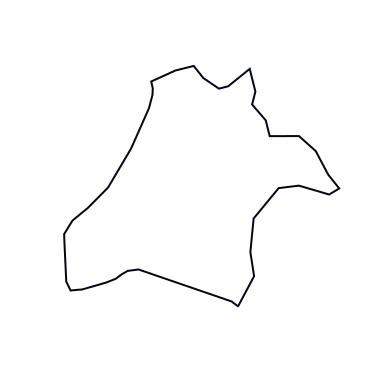 Kačanik, orthographic projection, rotated 76°
{"feature_id": "KOS-5915", "entity_name": "Kačanik", "entity_type": "District", "adm_level": 1, "iso_a3": "XKX", "parent_name": "Kosovo", "parent_adm1": "", "projection": "orthographic", "projection_center": [21.226, 42.206], "detail": "fine", "context": "isolated", "style": "outline", "palette": "ink", "viewbox_px": 384, "rotation_deg": 76, "n_neighbors": 0, "source": "natural_earth", "source_scale": "10m", "svg_char_len": 678}
<svg xmlns="http://www.w3.org/2000/svg" viewBox="0 0 384 384"><g transform="rotate(76 192 192)"><path d="M313.9,175.1L307.7,180.2L254.2,262.7L253.0,273.6L254.9,280.2L257.7,286.8L259.1,297.3L260.0,322.3L259.5,325.0L258.2,333.6L248.6,335.7L209.2,327.8L202.0,326.3L194.2,318.4L190.7,314.7L182.3,297.0L167.4,272.4L135.0,240.5L100.3,213.5L88.1,206.8L82.0,205.0L74.9,204.8L70.1,178.8L70.1,159.8L84.1,153.5L98.2,140.9L98.2,131.4L86.5,106.2L109.9,106.2L121.6,112.5L140.3,103.1L156.6,103.1L163.6,74.7L182.3,62.0L208.0,55.7L224.2,48.3L227.6,59.6L211.7,86.7L209.2,107.0L232.6,138.6L264.4,149.9L288.7,152.1L313.7,174.6L313.9,175.1Z" fill="none" stroke="#020617" stroke-width="2"/></g></svg>